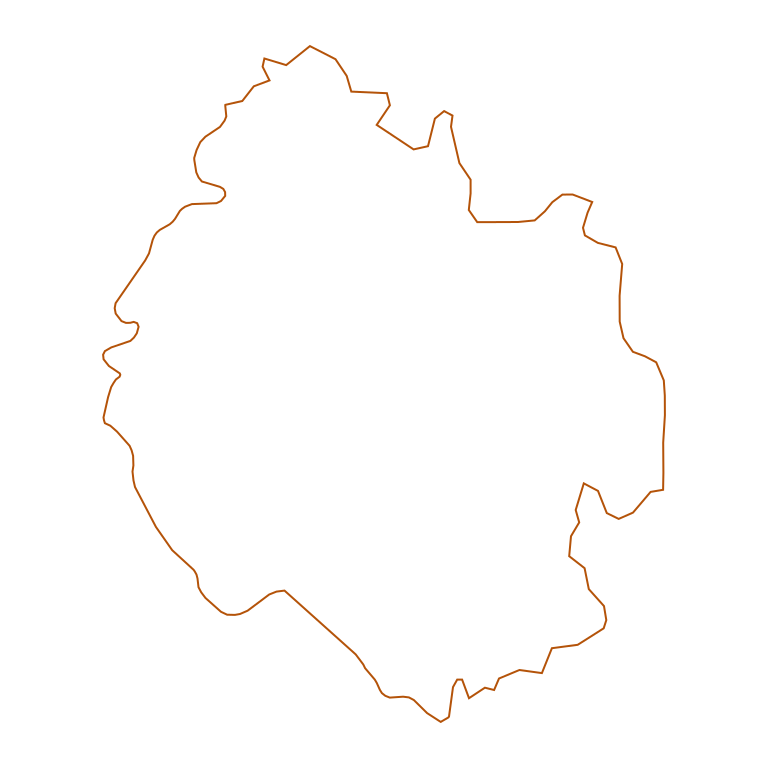 Herefordshire, Albers equal-area conic projection
{"feature_id": "GBR-2775", "entity_name": "Herefordshire", "entity_type": "Unitary Authority", "adm_level": 1, "iso_a3": "GBR", "parent_name": "United Kingdom", "parent_adm1": "", "projection": "albers", "projection_center": [-2.802, 52.104], "detail": "fine", "context": "isolated", "style": "outline", "palette": "amber", "viewbox_px": 768, "rotation_deg": 0, "n_neighbors": 0, "source": "natural_earth", "source_scale": "10m", "svg_char_len": 2277}
<svg xmlns="http://www.w3.org/2000/svg" viewBox="0 0 768 768"><path d="M155.6,526.3L135.0,487.0L133.5,480.5L132.5,471.6L133.4,465.5L133.1,455.8L131.6,450.3L129.6,445.8L117.0,431.6L110.3,425.7L104.9,423.2L104.0,420.3L103.5,417.5L108.1,397.1L111.2,387.0L113.6,382.9L115.9,379.5L119.6,376.7L120.3,374.8L119.8,373.4L108.9,366.0L103.6,359.3L103.1,354.7L104.9,351.1L111.3,347.4L130.4,340.9L133.9,337.6L136.8,333.3L138.6,326.8L137.2,323.2L133.7,321.9L130.2,322.8L126.0,322.9L121.5,321.1L115.7,313.6L114.7,308.2L115.6,303.2L145.2,260.4L149.0,253.4L152.7,239.8L154.5,235.7L156.8,232.5L159.8,229.9L169.7,224.3L172.7,221.7L175.0,218.9L179.9,210.9L182.1,208.8L185.1,206.7L191.9,204.1L216.5,203.2L221.0,201.0L225.2,195.9L225.1,192.1L223.3,188.9L220.0,186.9L201.9,181.5L198.6,177.5L196.3,172.4L194.3,160.0L194.2,158.0L196.6,150.0L200.3,142.1L205.4,136.7L220.0,126.9L224.6,120.6L226.3,116.4L225.2,105.1L224.6,105.0L242.3,101.0L253.8,86.3L269.5,80.4L262.6,66.7L264.4,58.5L286.2,65.1L309.9,46.1L335.5,59.2L346.7,75.9L351.3,91.6L386.9,93.2L389.9,105.3L376.7,124.9L413.6,149.4L428.0,146.2L434.9,118.6L444.1,111.1L452.5,115.6L451.0,126.8L459.4,163.1L470.6,179.7L470.6,193.4L468.8,210.0L477.2,222.1L495.8,222.1L518.0,222.0L534.7,220.4L544.9,211.3L552.3,202.2L562.4,194.6L572.6,194.5L592.2,202.0L587.6,212.6L583.0,227.8L584.9,235.4L597.9,242.9L615.6,247.4L622.2,264.0L619.6,295.8L619.7,321.6L623.5,338.2L632.9,351.8L645.0,356.3L656.2,362.3L663.8,380.4L664.8,395.5L664.9,415.3L663.2,442.6L663.4,472.9L663.1,489.8L650.6,491.9L633.0,512.6L618.7,518.9L606.8,513.1L598.0,490.9L583.8,483.4L575.7,510.0L579.2,522.4L571.0,536.2L569.2,556.2L584.6,568.2L588.8,589.1L604.0,606.1L606.3,620.1L603.7,628.3L577.7,644.8L551.9,648.2L541.9,673.1L519.4,670.0L499.0,678.5L494.1,690.0L484.9,687.7L469.0,698.2L462.1,679.6L457.2,679.6L453.0,687.1L449.0,716.6L448.8,716.8L448.3,717.5L440.7,721.9L427.1,713.1L413.8,700.0L408.9,697.4L403.1,696.7L389.8,697.6L385.3,695.8L381.9,693.1L379.9,689.9L376.8,683.0L374.8,679.6L365.1,668.2L363.3,664.5L355.7,654.4L284.5,590.6L276.5,591.6L269.2,594.5L247.6,610.7L240.0,614.0L234.9,614.9L227.1,614.7L221.0,611.8L205.5,598.0L201.2,592.3L198.5,587.2L197.5,578.5L196.5,574.6L194.8,571.5L193.6,569.8L172.2,550.2L155.9,526.9L155.6,526.3Z" fill="none" stroke="#b45309" stroke-width="2"/></svg>